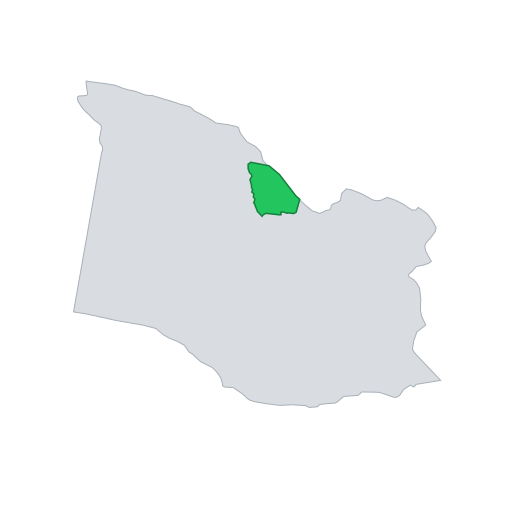 Uganda, with Hoima highlighted, rotated 100°
{"feature_id": "UGA-3105", "entity_name": "Hoima", "entity_type": "District", "adm_level": 1, "iso_a3": "UGA", "parent_name": "Uganda", "parent_adm1": "", "projection": "equal_earth", "projection_center": [31.113, 1.442], "detail": "fine", "context": "in_parent", "style": "filled", "palette": "green", "viewbox_px": 512, "rotation_deg": 100, "n_neighbors": 0, "source": "natural_earth", "source_scale": "10m", "svg_char_len": 2921}
<svg xmlns="http://www.w3.org/2000/svg" viewBox="0 0 512 512"><g transform="rotate(100 256 256)"><path d="M342.7,426.0L336.9,426.0L327.5,426.0L318.0,426.0L308.6,426.0L299.2,426.0L289.7,426.0L280.3,426.0L270.9,426.0L261.4,426.0L252.0,426.0L242.6,426.0L233.1,426.0L223.7,426.0L214.2,426.0L204.8,426.0L195.4,426.0L185.9,426.0L180.4,426.0L179.2,425.7L178.5,425.4L174.9,426.3L171.2,429.5L167.3,430.8L163.1,430.3L162.6,430.6L160.5,430.5L157.4,430.3L154.6,431.1L152.5,433.9L150.4,438.6L146.5,444.0L143.5,448.8L140.9,452.2L135.0,457.8L131.8,459.4L130.2,459.2L129.2,458.1L127.4,451.0L126.2,449.8L114.8,453.5L113.1,453.5L113.2,451.3L112.4,434.5L112.3,424.2L113.7,417.7L114.6,410.3L114.7,403.7L116.8,392.6L116.0,385.9L118.8,362.4L119.5,358.6L120.5,347.3L122.2,343.8L123.7,342.4L125.7,335.4L129.4,324.3L132.0,318.6L131.5,306.1L131.9,297.6L132.5,295.7L138.0,292.5L145.2,284.7L148.3,275.4L152.6,269.5L160.9,265.7L185.5,233.9L197.0,216.8L202.0,208.1L202.2,204.9L203.1,200.8L201.1,197.6L198.8,194.6L198.0,191.9L195.9,190.6L193.0,190.7L191.0,188.7L188.8,184.8L186.6,182.4L179.6,182.6L174.2,178.7L174.3,173.3L176.4,162.8L180.5,150.7L180.7,147.4L180.1,144.5L179.1,142.1L177.3,139.7L175.5,136.8L176.9,128.1L179.5,119.6L181.6,115.3L183.6,110.5L183.0,106.6L180.0,104.7L181.6,100.9L184.9,94.5L191.1,88.0L196.7,83.6L200.4,83.6L207.6,87.1L214.1,91.1L217.6,91.4L222.0,89.6L230.9,82.4L233.1,84.7L235.7,89.1L238.6,96.4L244.2,99.7L246.9,102.0L248.9,102.6L249.9,102.0L252.1,96.3L254.7,93.2L259.4,89.3L270.0,86.2L277.5,85.2L280.7,84.6L286.1,82.7L294.5,76.9L302.8,84.4L311.9,85.9L320.6,85.8L323.3,83.5L324.8,81.8L334.0,69.4L346.4,52.6L354.7,76.2L357.5,77.6L357.1,79.7L356.4,81.7L361.9,87.4L368.5,90.4L370.9,93.3L371.1,96.4L368.9,110.3L369.3,114.2L371.5,128.1L375.5,131.2L379.0,145.1L386.1,151.1L387.2,152.8L388.8,159.5L391.0,166.9L392.7,168.7L393.7,169.1L395.9,177.0L394.7,181.4L396.3,194.8L399.0,206.8L399.7,221.1L399.7,227.4L399.7,231.3L399.1,236.8L397.8,239.9L395.5,243.0L393.0,247.8L390.8,253.0L389.4,255.5L390.5,263.3L390.2,265.3L389.6,266.3L386.4,267.4L382.3,269.5L379.8,271.6L376.3,275.5L373.4,279.8L369.7,292.3L363.4,302.0L362.3,305.2L356.4,311.0L353.8,318.2L352.1,326.9L349.8,333.2L344.8,341.9L343.7,355.5L343.8,382.7L342.5,413.8L342.7,426.0Z" fill="#d9dde1" stroke="#a8b0b8" stroke-width="1"/><path d="M164.9,258.8L167.2,254.8L171.7,247.0L178.9,239.2L186.2,231.2L190.0,227.1L192.6,222.7L206.0,224.1L207.7,226.3L207.8,230.0L208.0,230.9L208.0,231.9L208.5,232.8L207.9,236.6L208.6,239.3L209.8,238.8L211.0,238.5L211.4,240.0L212.0,249.9L212.3,253.6L213.2,254.9L214.4,256.2L215.9,256.9L211.8,262.4L210.3,263.2L207.3,265.2L205.5,266.0L204.0,267.5L201.7,267.0L199.7,267.1L198.9,268.4L197.8,269.0L196.4,268.8L195.0,269.0L193.8,271.2L192.4,271.1L191.4,270.8L189.3,272.3L186.9,272.8L181.8,275.2L178.2,273.9L176.4,274.8L175.0,276.9L171.4,278.9L167.0,279.7L164.6,277.5L164.7,271.2L164.9,258.8Z" fill="#22c55e" stroke="#15803d" stroke-width="1.5"/></g></svg>